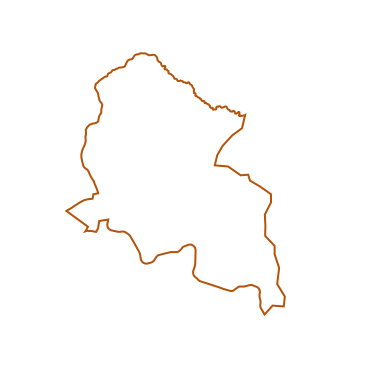 outline of Oforikrom Municipal, Ashanti, Ghana, rotated 215°
{"feature_id": "2480657B70835976798974", "entity_name": "Oforikrom Municipal", "entity_type": "district", "adm_level": 2, "iso_a3": "GHA", "parent_name": "Ghana", "parent_adm1": "Ashanti", "projection": "mercator", "projection_center": [-1.536, 6.676], "detail": "fine", "context": "isolated", "style": "outline", "palette": "amber", "viewbox_px": 384, "rotation_deg": 215, "n_neighbors": 0, "source": "geoboundaries", "source_scale": "gbopen_adm2", "svg_char_len": 6136}
<svg xmlns="http://www.w3.org/2000/svg" viewBox="0 0 384 384"><g transform="rotate(215 192 192)"><path d="M300.8,282.8L301.8,282.6L302.7,282.0L303.7,281.0L305.8,279.2L309.4,278.9L313.8,276.1L314.5,274.8L314.7,274.4L316.6,272.4L316.7,272.1L317.2,271.3L317.3,270.3L317.3,268.8L317.2,267.7L317.2,267.0L317.5,266.4L318.3,265.4L319.5,264.2L319.9,263.3L320.0,262.3L319.8,260.9L319.7,259.4L319.4,258.0L319.0,256.9L319.2,256.1L319.5,255.4L320.8,253.9L321.8,253.1L322.8,252.4L323.2,251.9L323.5,251.3L323.6,250.8L323.9,250.3L324.2,249.9L324.7,249.6L324.9,249.2L325.1,248.5L325.3,247.8L325.6,247.4L326.0,247.1L326.5,246.7L326.8,246.3L327.0,245.7L327.0,245.0L326.9,244.4L327.0,243.7L327.4,243.0L328.4,241.1L328.5,240.4L328.4,240.0L328.1,239.1L327.9,238.1L328.3,237.5L328.7,237.2L329.2,236.7L329.5,236.2L329.9,235.2L331.9,229.6L332.0,227.5L332.4,226.4L332.8,225.3L331.4,221.9L330.9,221.4L327.8,220.0L326.3,219.3L324.4,217.9L324.0,217.2L320.6,214.2L319.3,213.5L317.2,213.0L315.6,212.1L315.2,211.5L314.0,208.3L311.7,204.6L311.7,203.2L311.7,202.3L311.5,201.1L311.1,199.6L310.4,198.3L310.0,197.3L309.4,196.5L309.4,195.6L309.7,194.8L310.2,193.6L311.4,192.2L312.7,191.0L313.4,189.9L314.1,189.0L314.5,188.0L315.0,184.6L314.9,184.3L314.8,183.6L314.7,182.3L314.5,181.8L314.0,181.1L312.5,179.2L311.9,178.5L311.6,177.8L311.4,177.0L311.1,176.2L310.7,175.6L310.0,174.9L309.1,173.9L308.3,172.7L307.8,171.6L307.3,170.4L306.6,167.4L306.4,166.3L306.2,165.0L305.6,162.6L304.6,160.2L303.8,158.7L303.3,158.0L302.7,157.2L302.2,156.6L301.4,155.9L297.8,152.6L296.8,151.8L296.0,151.1L294.7,150.5L293.8,150.3L292.1,150.2L290.6,150.2L289.7,150.0L288.6,149.5L286.5,148.2L282.7,146.1L281.4,145.5L278.2,144.4L277.9,143.9L276.0,142.6L275.2,142.2L274.4,141.6L273.7,141.2L271.9,140.0L270.4,139.0L268.1,137.1L271.5,133.6L269.6,129.5L272.8,126.6L274.1,125.3L275.1,124.2L275.8,123.1L277.2,120.5L278.8,116.9L279.3,115.5L280.1,113.7L281.0,111.3L282.5,107.7L283.4,106.1L284.0,104.4L257.3,103.9L257.0,101.0L256.8,100.2L256.8,98.6L255.9,99.8L254.9,100.5L253.8,101.1L252.7,102.0L251.4,102.7L248.9,103.7L247.6,104.4L247.9,105.8L248.0,107.9L248.4,109.0L251.4,115.0L244.8,121.4L244.2,120.2L243.5,118.4L242.7,116.7L241.7,115.5L241.1,115.0L239.8,114.3L238.3,114.0L236.4,114.2L231.1,116.4L229.4,117.2L228.5,117.8L226.1,119.9L225.0,120.5L223.5,120.9L219.2,120.9L218.2,120.7L217.0,120.3L206.2,115.2L201.3,112.8L199.8,111.9L198.2,110.6L195.6,107.8L195.0,107.3L194.4,106.9L192.6,106.2L191.5,106.1L190.7,106.2L189.5,106.5L188.0,107.3L186.1,109.4L184.8,111.1L184.3,112.0L184.0,113.0L183.8,114.2L184.0,118.6L183.7,120.2L183.1,121.2L179.0,126.0L174.7,130.8L171.2,133.2L169.7,134.4L169.0,135.2L168.6,136.4L168.1,138.3L168.0,140.7L167.6,142.4L164.6,146.8L163.6,147.7L162.4,148.5L160.6,148.8L159.3,148.7L157.5,148.1L156.2,147.0L155.4,146.0L152.2,141.1L148.7,135.9L147.3,133.4L145.6,127.7L144.1,125.6L142.3,124.5L137.5,123.9L135.9,123.5L134.5,123.5L133.2,123.9L123.7,126.8L115.6,129.3L110.1,130.8L104.3,132.8L103.1,133.3L102.1,134.2L101.4,135.3L101.2,136.2L99.5,141.0L98.5,142.1L96.5,143.5L95.5,144.1L93.6,146.1L91.0,149.2L90.5,149.7L88.9,150.4L86.5,150.9L85.0,151.3L83.8,151.4L82.8,151.5L80.4,150.5L79.5,149.7L78.8,148.8L77.9,146.7L76.4,144.7L73.1,141.8L70.8,137.9L69.5,136.6L62.3,133.3L60.8,145.2L51.2,150.9L56.0,159.6L69.4,165.4L77.1,179.8L88.6,188.4L93.4,195.2L106.9,198.0L112.7,206.7L119.4,215.3L121.3,228.8L126.1,235.5L139.6,235.5L151.1,234.6L155.9,238.4L161.7,233.6L177.1,233.6L188.6,226.9L192.4,236.5L193.4,247.1L191.5,261.5L187.6,273.0L192.6,285.4L192.8,284.9L193.3,284.5L193.7,284.3L193.9,284.0L194.5,283.2L195.0,282.9L195.5,282.6L195.8,282.1L196.2,281.8L196.7,281.5L197.2,281.5L197.6,281.8L197.7,282.2L197.6,282.7L197.6,283.1L197.9,283.4L198.3,283.5L198.6,283.8L198.7,284.2L198.9,284.4L199.4,284.5L199.7,284.4L199.9,283.8L200.1,282.9L200.5,281.9L201.0,281.3L201.6,281.1L202.1,281.4L202.6,281.8L203.2,282.2L203.8,282.4L204.3,282.4L204.8,282.1L205.0,281.6L205.0,281.2L205.1,280.9L205.4,280.8L205.9,280.6L206.4,280.1L206.9,280.1L207.3,280.4L208.0,280.6L208.6,280.6L209.2,280.4L210.0,280.3L210.8,280.6L211.8,281.3L212.4,281.5L212.9,281.6L213.5,281.3L214.1,280.9L215.0,279.2L215.5,278.5L216.0,278.1L216.5,278.0L217.1,278.0L217.7,278.2L218.2,278.3L218.6,278.2L219.0,277.8L219.4,276.9L219.9,276.7L220.1,276.6L220.6,275.9L220.6,275.2L220.2,274.6L219.8,274.1L219.8,273.5L220.2,273.0L220.9,272.4L221.8,271.7L222.5,271.7L223.1,272.5L223.4,272.7L223.9,272.6L224.2,272.2L224.5,272.0L224.9,271.8L225.5,271.8L226.0,272.1L226.5,272.5L226.8,272.9L227.3,273.0L227.8,273.0L228.1,273.1L228.6,273.3L228.9,273.2L229.3,273.0L229.7,272.9L230.3,273.0L231.5,273.0L232.0,272.4L232.4,272.2L232.7,272.2L233.1,272.4L233.3,273.0L233.6,273.3L234.1,273.5L234.7,273.3L235.5,272.7L235.9,272.5L236.4,272.4L237.0,272.7L237.7,273.2L238.1,273.2L238.6,273.1L239.0,273.1L239.4,273.3L239.8,273.4L240.3,273.3L240.9,273.1L241.4,273.0L242.1,273.1L242.9,273.2L243.5,273.0L243.9,272.8L244.3,272.8L244.6,272.9L244.8,273.3L244.9,273.7L245.2,274.2L245.5,274.6L245.9,274.7L246.3,274.5L246.7,274.3L247.1,274.2L247.5,274.6L248.2,275.4L248.6,276.1L248.8,276.9L249.3,277.4L249.9,277.6L251.3,278.1L251.9,278.3L252.6,279.0L253.2,279.2L253.9,279.3L255.4,279.2L255.8,279.3L256.4,279.7L256.8,279.9L257.2,280.0L257.6,280.0L257.9,279.8L258.2,279.2L258.2,278.8L258.3,278.5L258.6,278.1L259.3,278.0L259.7,278.0L260.3,277.9L261.8,277.0L262.4,276.9L262.8,277.1L263.2,277.4L264.5,277.0L265.0,276.8L265.5,276.5L265.9,276.0L266.1,275.6L266.6,275.2L267.2,274.9L268.2,275.1L269.0,275.5L269.5,275.6L270.2,275.4L270.8,275.0L271.4,274.8L272.0,275.1L272.6,275.6L273.7,276.1L274.7,276.2L275.9,276.3L277.0,276.4L278.3,276.1L278.8,275.8L279.5,275.9L279.7,276.4L280.0,276.8L280.3,277.2L280.8,277.5L281.3,277.5L282.0,277.4L282.5,277.6L282.9,277.8L283.2,277.8L284.1,277.2L284.5,277.0L285.0,277.0L285.3,277.4L285.4,278.1L285.4,278.6L285.5,279.0L285.9,279.5L286.6,279.7L287.0,279.4L287.4,279.0L287.6,278.6L287.9,278.2L288.3,278.0L289.1,278.2L290.1,278.7L291.6,279.8L292.3,279.9L293.0,279.9L293.8,279.7L294.6,279.9L295.3,280.1L295.8,280.3L296.3,280.7L296.8,281.1L297.2,281.7L297.8,282.1L298.5,282.4L299.4,282.6L300.8,282.8Z" fill="none" stroke="#b45309" stroke-width="2"/></g></svg>